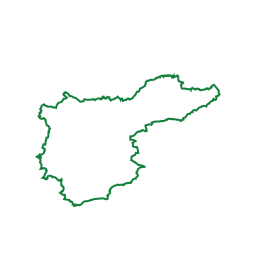 outline of Bangli, Bali, Indonesia, rotated 247°
{"feature_id": "22746128B25936754669599", "entity_name": "Bangli", "entity_type": "district", "adm_level": 2, "iso_a3": "IDN", "parent_name": "Indonesia", "parent_adm1": "Bali", "projection": "mercator", "projection_center": [115.362, -8.333], "detail": "fine", "context": "isolated", "style": "outline", "palette": "green", "viewbox_px": 256, "rotation_deg": 247, "n_neighbors": 0, "source": "geoboundaries", "source_scale": "gbopen_adm2", "svg_char_len": 5856}
<svg xmlns="http://www.w3.org/2000/svg" viewBox="0 0 256 256"><g transform="rotate(247 128 128)"><path d="M80.2,118.5L81.6,118.7L83.0,118.1L83.6,118.8L84.3,118.8L84.8,120.1L86.2,121.0L87.0,123.7L85.9,127.9L86.8,127.6L87.3,126.7L88.0,126.2L88.2,125.4L89.4,124.4L90.3,122.7L91.9,122.3L92.9,121.4L93.6,121.3L94.1,120.5L95.8,119.8L97.0,118.4L100.3,120.1L100.2,121.1L100.7,123.1L100.4,124.2L102.1,125.6L100.9,127.7L105.0,128.7L107.0,128.8L107.4,127.3L109.1,125.4L110.8,126.1L112.7,126.3L112.4,127.4L113.2,128.5L113.0,129.9L113.5,129.8L113.9,128.8L115.4,127.6L116.3,126.2L116.3,125.6L119.4,126.8L118.8,128.4L118.8,130.8L120.6,134.5L120.6,136.8L120.2,137.1L120.0,137.9L120.4,139.1L120.0,139.3L120.3,140.8L117.9,143.1L118.0,144.1L123.5,145.0L123.2,148.9L121.8,150.8L122.5,152.0L123.7,152.0L123.5,154.6L122.9,156.7L121.6,159.7L121.4,160.7L121.6,161.2L121.0,161.9L121.0,162.6L120.3,164.0L120.8,166.8L120.3,167.0L120.7,167.7L120.6,169.5L119.8,170.0L119.5,171.5L118.7,172.2L118.7,173.1L118.3,173.2L117.8,174.5L116.6,175.9L116.5,176.9L115.3,177.9L114.7,179.4L113.8,179.5L114.2,180.6L113.9,181.1L114.5,181.8L114.2,182.4L115.5,182.9L115.4,185.1L117.1,187.6L117.4,188.9L116.8,190.8L117.6,191.5L117.9,193.7L117.7,193.8L118.3,194.1L118.7,195.6L118.3,196.9L117.5,197.5L117.7,198.6L118.3,199.5L119.0,201.7L118.7,203.7L119.0,204.0L119.0,205.5L118.6,206.8L117.2,208.6L118.4,209.5L118.8,210.4L118.8,212.5L119.5,212.9L120.2,215.8L119.9,216.4L120.0,217.4L121.0,217.5L121.4,218.2L120.0,218.6L119.7,220.0L121.1,221.2L122.6,221.3L122.4,222.5L122.7,223.1L122.4,224.3L123.1,224.7L123.3,225.4L125.3,225.2L126.3,226.0L127.6,226.0L134.1,224.0L134.3,223.3L134.0,222.0L133.5,221.2L132.8,220.8L133.2,220.1L132.1,219.1L132.7,217.6L132.3,217.2L133.4,216.7L133.7,216.0L133.3,215.6L133.8,215.1L133.4,213.2L134.2,211.2L134.2,209.8L135.1,208.8L135.9,208.8L136.6,207.6L137.1,207.5L137.1,205.0L137.9,205.0L138.0,204.4L139.1,203.3L139.2,202.6L139.7,202.7L139.5,201.3L138.5,200.7L139.0,200.6L139.8,199.5L140.1,198.5L140.7,198.1L141.1,196.6L141.8,196.4L142.9,193.6L143.5,193.0L147.3,193.7L147.8,196.1L148.3,196.5L150.5,193.7L151.2,193.7L151.7,192.9L155.3,194.1L156.3,194.3L157.0,194.0L156.5,193.2L157.1,192.5L156.8,190.9L157.1,190.8L157.0,190.1L157.9,190.4L157.1,189.5L157.6,189.4L157.4,188.6L158.5,188.9L158.4,188.1L159.7,187.9L159.9,186.8L160.6,186.1L160.0,185.5L160.8,184.2L161.4,184.2L161.4,183.7L161.1,183.5L161.5,183.1L161.5,182.6L162.2,182.0L162.2,181.6L161.6,181.5L161.2,180.9L161.9,180.7L162.2,179.9L162.9,179.7L162.8,177.6L162.1,177.2L162.7,176.1L163.1,176.0L162.7,174.3L163.1,173.1L162.6,172.8L162.3,171.4L162.8,168.9L163.5,168.0L163.3,167.4L163.7,166.7L163.4,166.1L163.5,165.1L164.0,164.1L163.4,162.4L162.5,161.8L161.9,161.9L161.8,161.4L160.1,160.0L159.4,155.8L159.7,154.5L157.4,152.4L157.3,151.7L157.9,150.5L155.5,147.4L154.7,145.2L154.1,144.6L153.4,142.7L153.9,141.5L153.5,140.5L155.1,139.6L154.8,139.1L155.0,137.8L154.5,137.0L155.0,136.2L154.9,133.9L157.3,134.1L157.4,133.1L156.6,132.1L158.5,132.1L159.3,131.3L160.9,130.7L160.2,129.0L160.4,127.6L159.9,126.6L160.5,124.1L160.1,122.9L161.3,122.8L162.3,122.1L163.5,122.8L163.7,122.1L164.7,121.2L164.2,120.3L164.3,119.6L163.9,119.8L163.6,119.5L163.9,118.6L164.9,117.7L165.6,117.8L165.6,117.5L166.5,117.7L166.7,117.0L165.5,116.1L165.8,115.5L164.9,114.9L165.2,114.5L165.2,113.8L166.2,113.3L166.9,112.3L166.9,109.5L166.6,108.6L167.6,108.1L167.6,107.5L168.3,106.9L168.1,106.3L169.6,102.2L171.5,99.0L170.7,97.8L170.0,97.6L170.8,94.4L175.9,91.7L177.8,89.5L178.9,88.8L180.1,87.4L180.1,86.8L183.0,86.3L185.3,84.5L184.8,84.1L185.2,83.5L184.9,83.4L184.6,81.8L183.2,81.8L181.6,82.9L179.8,83.6L179.5,81.8L180.1,80.4L178.1,77.2L178.2,73.2L175.3,69.9L174.6,69.6L176.0,67.8L176.3,66.7L177.5,66.1L179.1,62.2L179.9,61.8L180.8,60.6L182.3,60.1L182.7,59.6L181.9,57.0L181.3,56.3L180.2,55.9L179.8,54.6L178.2,54.7L177.7,55.0L177.6,54.6L176.5,54.0L176.7,52.6L176.1,52.3L175.7,52.6L175.5,52.1L173.9,51.5L173.5,51.6L173.8,50.5L173.3,50.2L171.9,50.9L171.4,50.8L170.3,51.8L170.3,52.4L169.8,53.1L170.1,54.0L169.4,54.9L168.0,54.8L167.4,55.3L166.8,54.9L162.4,54.3L160.2,55.9L158.4,55.5L157.9,55.9L156.7,54.1L155.6,54.0L155.5,53.4L154.7,53.5L154.3,52.7L151.3,51.3L150.6,50.6L151.0,49.1L149.1,48.3L148.9,47.5L145.2,45.6L145.0,45.1L146.0,43.9L144.1,42.1L143.0,41.5L141.7,43.0L141.2,42.7L140.5,43.0L139.4,42.5L139.3,41.7L138.0,40.9L137.5,39.9L137.3,37.4L138.2,36.5L138.2,36.0L137.8,35.6L136.1,36.4L135.6,36.3L136.6,35.7L137.0,34.8L137.4,33.4L137.2,32.8L134.3,34.9L132.2,34.9L131.0,33.6L128.3,34.1L127.7,33.9L125.3,32.7L124.5,31.6L124.1,32.6L124.3,33.9L123.8,34.5L123.9,35.1L122.5,36.5L121.0,36.6L120.9,35.9L119.9,36.0L119.3,35.7L118.6,34.0L117.7,33.5L116.0,31.4L115.5,30.0L114.8,31.3L114.2,31.3L112.8,32.4L113.3,32.9L112.8,33.8L113.3,34.3L114.0,34.1L114.0,34.8L114.7,35.2L115.0,36.3L114.8,37.1L113.4,39.0L113.0,38.7L112.1,39.3L111.7,40.7L110.9,41.8L106.9,43.5L106.4,44.0L106.8,44.8L106.5,45.9L106.8,46.8L105.5,46.5L104.3,45.2L102.3,44.8L101.6,44.2L101.1,44.2L100.1,45.1L99.4,45.0L98.9,45.5L97.1,45.0L95.2,43.2L95.7,42.0L95.0,41.1L94.8,40.2L93.8,41.1L93.4,40.9L92.8,41.2L91.7,42.3L91.5,43.4L90.5,43.8L89.8,43.1L88.0,42.6L87.9,41.9L87.4,41.4L84.7,45.8L83.2,45.7L82.6,46.4L83.0,46.7L81.5,47.6L80.0,47.8L79.1,47.1L78.3,48.2L78.2,49.2L77.2,48.3L76.8,50.0L77.0,51.2L76.6,52.3L75.9,52.9L76.1,53.3L75.8,54.2L76.2,55.7L77.3,57.7L77.3,59.1L77.3,60.2L76.6,61.5L76.6,62.7L76.2,63.5L76.3,65.8L75.8,66.9L76.0,68.3L73.2,77.2L70.7,80.5L70.8,81.6L71.2,81.9L72.0,82.0L72.9,82.9L73.1,82.6L74.0,82.6L74.9,85.5L75.6,86.4L76.9,86.2L77.1,86.8L78.2,87.0L78.2,87.8L78.7,88.3L79.4,88.6L79.8,91.4L80.3,92.5L79.8,94.5L80.0,96.3L78.8,97.7L78.9,98.2L77.8,101.2L77.2,101.3L77.1,101.9L77.8,102.4L77.9,104.7L77.5,105.4L77.6,106.4L77.1,106.6L77.0,108.3L76.4,108.7L76.4,109.4L77.5,110.2L77.7,111.0L78.6,112.2L78.9,113.6L78.3,115.4L79.1,115.9L80.2,118.5Z" fill="none" stroke="#15803d" stroke-width="2"/></g></svg>